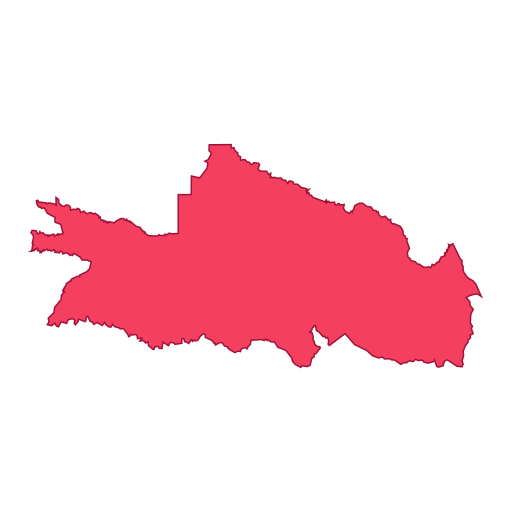 outline of San Miguel de Los Bancos, Pichincha, Ecuador
{"feature_id": "8360857B83571898768339", "entity_name": "San Miguel de Los Bancos", "entity_type": "district", "adm_level": 2, "iso_a3": "ECU", "parent_name": "Ecuador", "parent_adm1": "Pichincha", "projection": "robinson", "projection_center": [-78.969, -0.02], "detail": "fine", "context": "isolated", "style": "filled", "palette": "rose", "viewbox_px": 512, "rotation_deg": 0, "n_neighbors": 0, "source": "geoboundaries", "source_scale": "gbopen_adm2", "svg_char_len": 5983}
<svg xmlns="http://www.w3.org/2000/svg" viewBox="0 0 512 512"><path d="M56.0,197.5L56.1,205.2L55.0,204.1L49.1,202.9L46.8,203.7L46.3,202.9L38.8,202.0L37.6,200.2L36.4,200.8L36.8,203.8L38.4,206.8L41.1,207.4L41.4,208.4L44.3,207.9L47.4,213.4L55.0,217.3L55.0,222.2L60.8,224.4L63.0,233.5L58.3,234.9L58.7,234.1L58.0,233.8L54.8,236.1L53.9,234.2L51.5,234.6L50.7,235.6L49.1,235.1L48.8,236.0L48.0,235.2L47.5,235.9L46.4,234.8L45.2,235.0L43.0,232.8L41.0,233.2L39.9,231.5L38.9,233.6L37.7,233.9L36.1,230.7L32.1,230.4L31.0,232.7L33.1,235.0L33.5,237.7L32.2,243.6L33.6,244.8L32.5,245.6L31.9,250.5L30.7,251.2L32.1,251.2L32.5,249.9L34.2,250.7L34.9,249.0L36.0,249.4L37.2,248.0L38.2,249.5L37.6,250.6L40.5,251.2L40.0,252.7L41.4,252.6L43.3,249.7L44.0,250.9L46.9,249.1L48.0,250.6L49.9,250.1L50.8,251.0L53.0,250.6L53.4,249.6L55.6,251.0L54.9,252.3L59.6,252.8L60.2,251.2L62.5,252.2L62.9,254.0L66.1,252.8L69.2,254.2L69.6,255.4L70.4,254.8L72.6,255.5L73.8,253.3L80.3,257.2L81.9,260.0L87.2,260.1L91.3,261.9L89.3,269.4L88.1,270.0L87.7,271.2L79.7,275.1L79.7,276.5L77.9,276.2L71.9,278.8L70.8,280.2L71.0,281.1L70.2,280.9L66.3,283.6L66.2,285.2L64.0,288.1L64.5,288.5L62.7,290.4L63.1,291.5L63.7,291.0L64.5,292.0L61.5,295.1L61.1,299.4L54.7,307.4L53.8,312.8L48.2,318.2L49.0,321.8L47.3,324.7L51.8,325.7L54.8,323.1L56.5,326.1L58.5,326.8L61.1,321.9L66.6,323.4L68.0,319.9L72.3,318.6L75.0,320.4L74.2,323.2L75.3,324.9L78.0,321.6L78.7,319.2L85.2,321.7L86.1,319.9L86.0,317.3L87.7,316.2L90.0,321.2L92.9,322.6L93.8,324.4L97.1,322.6L102.4,325.5L104.5,322.4L106.1,324.9L108.9,326.9L110.9,327.1L112.6,324.4L114.7,326.7L118.8,327.7L120.3,329.0L123.2,328.4L127.8,334.3L128.6,336.6L129.8,336.3L131.0,334.3L132.4,335.1L135.6,334.3L137.2,336.2L137.5,338.7L141.7,338.0L139.9,341.0L143.4,340.5L145.6,343.0L147.9,342.0L148.6,345.8L153.2,349.5L154.0,349.3L154.9,347.0L157.0,346.4L158.2,346.6L159.4,348.4L162.0,348.5L162.9,342.1L168.5,345.7L170.1,342.4L173.5,342.8L175.0,344.3L181.9,343.3L181.7,339.1L182.8,338.4L183.8,338.7L184.6,341.7L186.6,342.0L188.7,343.6L191.3,339.6L192.6,341.4L193.5,339.8L195.2,341.0L197.7,340.3L200.6,335.9L203.4,333.8L204.5,334.0L205.6,335.7L205.2,337.3L211.9,340.4L214.2,343.4L215.2,343.3L215.4,345.0L219.8,342.6L222.4,342.9L224.4,346.0L227.5,346.7L227.8,348.0L229.7,349.6L234.8,352.6L238.3,351.0L240.4,351.6L241.2,349.1L243.8,347.9L245.5,347.8L247.0,349.0L248.2,346.5L250.2,344.7L251.1,340.2L261.3,339.6L264.3,340.6L265.9,338.9L267.0,340.5L268.1,340.0L271.1,341.9L274.5,342.0L277.9,347.3L285.8,350.3L291.7,357.9L292.4,361.2L295.1,364.3L300.7,367.4L302.1,365.8L307.5,366.6L310.2,365.1L311.7,358.4L314.1,356.9L314.1,354.4L316.0,353.5L320.2,348.1L319.8,346.7L317.2,346.4L314.6,344.0L314.2,341.4L312.9,339.8L313.2,336.9L312.1,332.8L309.7,331.9L311.7,330.6L312.1,328.2L313.7,327.0L313.9,325.7L315.5,325.6L316.5,330.7L318.8,331.8L323.1,336.7L325.0,336.4L325.8,338.1L327.6,337.6L328.6,340.1L328.2,344.4L329.4,345.5L345.1,333.6L354.5,344.5L366.7,350.5L372.9,356.0L378.8,358.0L382.5,356.9L384.3,358.9L390.2,358.8L391.6,359.9L394.4,359.9L400.8,364.4L403.6,362.8L406.4,362.8L409.5,360.7L413.1,361.6L415.6,359.3L418.1,360.6L421.5,360.1L423.1,360.6L423.8,362.1L428.2,363.1L433.5,361.6L434.4,359.8L436.7,366.2L438.2,367.1L443.0,365.9L444.5,361.2L447.4,359.8L456.8,366.2L462.0,366.8L463.1,364.2L462.1,360.5L463.6,355.9L463.2,351.4L465.2,345.9L467.8,342.7L468.2,339.9L470.4,338.0L470.3,335.2L473.1,333.7L471.4,328.7L472.4,326.2L470.5,323.3L470.4,321.5L470.8,314.4L473.2,309.3L470.1,305.5L469.7,301.4L466.1,297.7L469.7,295.6L475.2,294.0L477.9,294.2L481.3,296.5L475.8,284.0L472.8,280.7L468.0,278.0L464.0,272.7L463.2,270.4L463.0,266.0L462.0,264.7L462.0,260.6L460.4,259.1L452.8,243.7L450.4,245.1L448.9,244.6L449.9,246.1L449.1,247.6L448.5,246.8L447.5,250.5L446.7,249.1L446.8,252.2L445.7,252.5L445.3,253.9L444.6,252.3L444.8,255.9L441.2,257.0L439.2,260.8L439.4,262.0L437.3,262.1L434.3,265.2L432.2,264.3L430.8,267.6L428.4,266.8L426.0,267.5L423.0,266.8L419.5,264.3L417.3,264.0L415.4,261.8L411.0,260.6L410.3,258.9L407.9,256.9L407.3,252.3L409.5,248.4L406.8,241.0L407.2,238.8L405.7,238.0L405.2,236.1L403.2,234.5L402.9,230.7L400.4,226.4L394.3,223.8L392.2,223.9L390.5,220.9L390.7,219.4L388.7,219.9L385.3,216.2L381.6,217.3L379.0,214.9L378.0,211.6L376.9,212.0L375.9,210.6L373.3,210.3L371.2,207.1L366.6,206.3L362.6,203.2L359.1,203.3L354.7,205.6L353.6,209.7L352.4,210.6L352.5,212.1L351.1,211.2L349.6,213.4L345.2,211.2L343.5,208.2L344.2,204.5L339.8,205.0L339.4,203.7L338.2,203.5L336.7,205.0L335.3,204.9L334.5,202.2L329.7,202.5L328.8,201.3L326.2,203.0L325.8,202.6L326.8,201.0L326.3,199.9L324.8,201.8L312.8,197.3L311.4,195.3L309.7,195.3L308.9,192.6L306.8,193.3L306.7,192.2L308.8,189.6L306.3,190.6L306.8,188.8L300.9,187.3L297.5,184.2L293.9,184.2L293.4,182.3L292.1,181.4L289.2,181.0L287.7,183.5L285.6,180.3L283.4,180.2L281.0,178.0L277.4,178.2L274.5,177.3L272.9,177.9L271.7,177.0L270.4,177.7L270.7,173.3L268.9,174.7L266.7,171.3L260.5,171.1L258.8,169.9L258.1,168.6L259.6,164.8L258.4,163.2L253.6,162.7L252.5,164.3L251.2,164.6L249.3,162.2L247.3,162.1L244.9,159.6L240.4,160.1L240.6,156.8L238.1,155.6L237.7,152.8L235.2,150.9L233.8,147.5L231.9,148.4L231.0,146.5L231.2,144.6L209.2,144.8L209.0,150.7L210.7,152.2L211.1,154.1L208.1,159.8L204.9,161.1L207.9,163.0L207.1,168.2L199.7,177.9L191.4,176.0L191.2,194.6L178.2,194.6L178.2,233.4L171.9,233.9L169.2,233.1L166.6,234.8L164.9,234.2L164.5,235.4L159.7,235.4L158.9,234.6L157.8,236.0L148.9,235.8L144.7,233.2L145.3,232.5L144.8,231.8L142.9,231.6L142.7,230.2L141.2,229.8L140.5,227.7L136.0,226.2L130.1,221.2L129.8,222.2L128.1,220.7L127.3,221.0L126.7,219.1L125.3,220.1L123.5,218.5L120.6,218.6L115.5,221.4L114.5,222.8L108.3,221.6L108.2,222.9L107.1,222.9L106.2,221.4L105.3,221.9L104.9,220.9L103.7,221.6L103.7,220.3L100.7,219.8L100.1,217.0L98.9,217.6L98.7,215.7L94.9,213.2L93.8,214.0L90.6,212.5L86.8,213.7L83.8,211.1L80.6,212.5L79.6,209.3L77.2,208.3L76.5,209.7L73.5,209.2L70.7,210.1L70.4,207.1L68.5,205.2L65.9,205.0L64.2,206.4L61.9,205.8L58.7,203.0L58.6,199.4L56.0,197.5Z" fill="#f43f5e" stroke="#9f1239" stroke-width="1.5"/></svg>